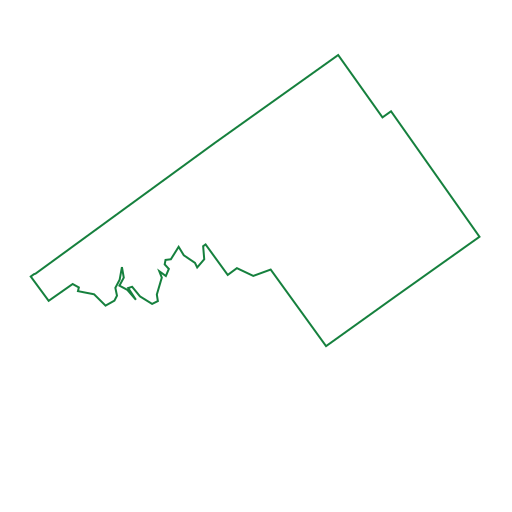 Benson, North Dakota, United States of America, rotated 144°
{"feature_id": "52423323B29085159471354", "entity_name": "Benson", "entity_type": "district", "adm_level": 2, "iso_a3": "USA", "parent_name": "United States of America", "parent_adm1": "North Dakota", "projection": "orthographic", "projection_center": [-98.952, 48.109], "detail": "fine", "context": "isolated", "style": "outline", "palette": "green", "viewbox_px": 512, "rotation_deg": 144, "n_neighbors": 0, "source": "geoboundaries", "source_scale": "gbopen_adm2", "svg_char_len": 762}
<svg xmlns="http://www.w3.org/2000/svg" viewBox="0 0 512 512"><g transform="rotate(144 256 256)"><path d="M223.0,371.7L444.7,371.3L446.3,371.8L450.3,371.8L450.1,341.6L420.8,341.1L417.8,334.7L420.7,332.2L409.5,320.2L406.9,304.3L396.8,303.1L391.8,305.6L388.5,312.9L380.2,317.0L371.0,325.8L375.7,316.2L383.9,312.3L380.0,304.2L378.9,291.2L378.2,305.2L374.3,303.9L373.6,291.5L368.2,278.3L361.9,277.2L358.9,283.1L344.9,293.9L343.2,300.5L340.7,292.8L334.1,296.8L334.8,302.9L331.5,306.0L326.8,303.4L313.2,308.9L314.0,299.0L309.4,286.3L310.3,281.3L299.8,283.8L293.0,295.0L290.0,295.0L290.0,257.3L278.6,257.4L269.9,241.5L252.1,236.4L252.3,141.9L167.0,141.3L63.9,140.2L61.7,293.7L72.2,293.8L71.4,370.3L223.0,371.7Z" fill="none" stroke="#15803d" stroke-width="2"/></g></svg>